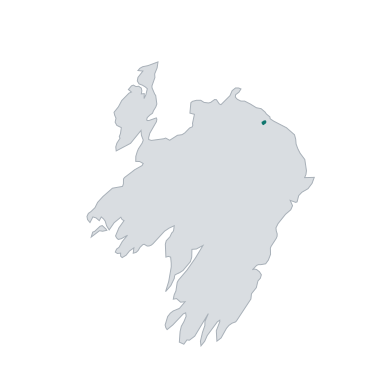 location of Ballymun-Finglas Lea-6, Dublin, Ireland, rotated 316°
{"feature_id": "5873133B16381399369592", "entity_name": "Ballymun-Finglas Lea-6", "entity_type": "district", "adm_level": 2, "iso_a3": "IRL", "parent_name": "Ireland", "parent_adm1": "Dublin", "projection": "equal_earth", "projection_center": [-6.294, 53.391], "detail": "fine", "context": "in_parent", "style": "filled", "palette": "teal", "viewbox_px": 384, "rotation_deg": 316, "n_neighbors": 0, "source": "geoboundaries", "source_scale": "gbopen_adm2", "svg_char_len": 4314}
<svg xmlns="http://www.w3.org/2000/svg" viewBox="0 0 384 384"><g transform="rotate(316 192 192)"><path d="M244.8,83.9L236.8,87.9L235.5,89.5L233.2,95.6L232.9,97.4L227.8,104.3L225.0,105.7L220.7,106.8L218.3,107.9L215.2,107.4L211.4,107.4L209.4,108.7L209.5,109.6L210.7,110.7L217.8,113.9L217.3,115.2L215.3,116.7L202.5,120.4L198.7,122.7L197.3,124.2L198.6,126.7L208.7,134.1L210.5,134.9L211.9,139.3L220.9,141.1L224.6,143.8L227.8,144.5L234.7,144.3L237.4,145.3L239.0,144.5L239.9,143.1L247.7,137.8L245.3,133.8L253.2,127.0L255.3,127.1L259.0,129.2L262.0,132.1L262.9,135.9L265.7,139.4L267.6,140.5L272.5,141.2L273.7,142.6L272.8,147.6L273.5,149.3L286.2,149.1L291.3,147.0L295.6,147.4L297.8,149.6L298.8,151.9L295.0,152.8L291.0,152.3L289.1,153.8L289.0,156.8L290.3,160.5L293.0,163.2L295.1,169.3L296.8,176.0L299.6,180.1L300.1,185.1L299.7,187.6L300.2,192.1L299.1,193.6L300.0,197.8L304.6,211.4L305.5,222.0L303.3,226.0L300.2,229.8L298.2,234.3L296.7,239.2L295.7,247.0L289.1,256.2L286.2,258.5L283.0,259.9L290.1,266.4L284.3,269.2L277.8,270.2L270.8,268.5L266.3,268.7L260.7,272.1L259.4,271.5L256.8,266.2L254.8,271.7L250.7,273.4L243.7,273.0L232.0,274.5L227.5,276.1L225.6,278.5L224.2,281.3L222.4,283.0L220.3,283.9L211.2,286.0L209.4,286.8L205.2,291.4L199.7,294.0L195.1,294.8L191.1,292.1L189.5,290.5L187.6,289.7L181.4,289.9L183.3,290.7L184.6,292.6L185.1,296.2L184.4,299.7L181.3,301.5L177.6,301.8L171.8,305.5L164.1,306.5L160.0,309.9L134.6,315.6L133.1,315.7L129.7,314.2L125.9,313.6L122.1,314.0L111.5,317.2L106.3,316.6L113.1,308.7L121.9,304.6L122.9,303.5L120.0,303.0L103.3,305.8L97.4,308.2L91.6,308.9L94.4,305.2L102.0,300.3L108.5,297.0L111.4,294.1L119.3,290.8L93.8,297.6L87.2,296.8L85.6,294.9L80.4,295.8L78.6,291.2L86.4,284.2L91.0,281.2L96.3,279.6L101.5,277.3L103.5,274.5L101.1,273.6L85.8,274.3L78.5,273.7L78.9,271.5L80.3,269.0L88.0,264.7L92.2,264.1L95.8,264.5L102.2,267.0L110.8,266.1L107.3,263.4L106.8,257.9L104.1,256.1L107.7,253.6L111.7,252.0L118.5,246.8L120.9,246.0L134.2,244.7L148.5,241.9L162.7,238.1L155.5,236.0L152.1,233.2L146.4,238.8L142.4,241.0L131.0,242.2L127.4,241.5L122.4,239.8L120.8,240.5L119.3,241.8L111.7,244.6L103.8,245.3L113.1,240.2L125.0,231.5L127.6,228.8L131.4,224.0L130.3,221.9L128.0,220.7L136.6,211.0L139.6,209.2L145.0,208.9L148.9,207.4L150.7,207.4L152.2,206.8L155.8,203.9L150.5,202.1L145.0,201.1L127.9,202.1L125.7,201.9L123.6,201.0L122.2,199.7L121.3,196.4L120.1,195.7L116.2,195.7L112.4,196.7L109.8,196.6L107.2,195.2L111.4,191.8L106.1,191.0L100.7,191.7L96.2,190.7L96.1,188.5L98.2,186.4L95.6,184.4L95.1,181.9L98.0,180.7L101.1,181.1L107.5,179.2L115.6,178.3L108.7,176.5L106.0,174.9L105.9,172.5L106.5,170.5L114.6,167.0L123.2,165.4L122.6,163.2L123.3,160.7L114.7,160.0L106.1,161.7L107.1,157.0L109.3,152.7L109.7,149.9L109.4,146.9L105.4,148.2L105.0,144.0L103.4,141.1L97.4,143.1L97.7,139.3L99.5,136.6L102.6,135.4L105.6,135.9L111.3,135.9L116.9,133.9L124.8,133.4L137.4,134.0L145.9,139.7L148.2,138.6L151.7,135.1L153.4,134.7L166.4,136.2L174.5,138.3L176.7,137.6L175.5,133.7L172.8,130.9L176.4,127.3L180.7,124.9L183.5,123.7L190.1,122.2L193.0,120.8L195.0,116.1L198.1,112.3L181.6,114.3L166.0,109.8L168.5,106.6L171.9,104.7L177.6,103.3L178.1,101.7L181.1,100.3L185.9,96.6L184.2,91.9L185.2,88.4L188.6,86.1L189.8,82.9L191.3,80.5L198.3,79.6L205.0,77.4L215.3,77.1L217.9,78.0L217.4,74.1L222.2,73.6L224.1,74.4L224.9,77.2L227.1,78.9L227.7,82.0L226.2,84.4L223.7,86.2L226.0,88.1L222.4,91.5L226.2,90.1L231.6,86.7L231.4,84.0L230.5,80.6L229.0,77.5L229.8,74.1L232.8,72.0L240.7,70.9L237.5,67.1L240.4,66.8L243.5,67.6L248.1,70.5L257.9,74.8L253.1,78.5L247.2,81.1L244.8,83.9ZM104.4,158.6L104.1,160.4L100.4,158.1L98.6,155.6L88.2,154.4L92.7,151.9L94.7,152.7L102.1,152.8L104.1,153.8L104.4,158.6Z" fill="#d9dde1" stroke="#a8b0b8" stroke-width="1"/><path d="M290.3,192.8L290.5,192.9L290.8,192.9L291.0,192.9L291.2,193.0L291.3,193.0L291.5,193.0L291.7,192.9L291.9,192.9L292.1,193.0L292.1,192.9L292.3,192.9L292.5,192.9L293.2,192.9L293.2,192.7L293.2,192.4L293.2,192.2L293.3,192.0L293.5,192.0L293.9,192.1L293.9,191.9L293.9,191.7L293.3,191.4L293.1,191.3L293.0,191.2L292.9,191.1L292.7,191.1L292.3,191.1L291.9,191.0L291.9,191.4L291.9,191.5L291.4,191.5L291.3,191.4L291.3,191.5L291.3,191.4L291.0,191.4L290.9,191.3L290.7,191.5L290.5,191.4L290.4,191.6L290.5,191.8L290.4,191.8L290.3,192.0L290.4,192.3L290.3,192.5L290.3,192.8Z" fill="#14b8a6" stroke="#0f766e" stroke-width="1.5"/></g></svg>